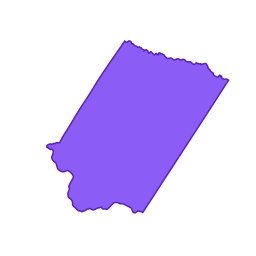 outline of Iowa, rotated 123°
{"feature_id": "USA-3529", "entity_name": "Iowa", "entity_type": "State", "adm_level": 1, "iso_a3": "USA", "parent_name": "United States of America", "parent_adm1": "", "projection": "natural_earth1", "projection_center": [-94.248, 41.94], "detail": "fine", "context": "isolated", "style": "filled", "palette": "violet", "viewbox_px": 256, "rotation_deg": 123, "n_neighbors": 0, "source": "natural_earth", "source_scale": "10m", "svg_char_len": 5206}
<svg xmlns="http://www.w3.org/2000/svg" viewBox="0 0 256 256"><g transform="rotate(123 128 128)"><path d="M34.2,77.5L34.4,77.5L34.6,77.4L34.8,77.2L34.9,76.2L34.9,74.3L34.8,73.9L34.7,73.8L34.2,73.2L34.0,72.9L33.5,72.4L33.3,72.1L33.2,71.8L33.2,71.5L33.2,71.2L33.3,70.7L33.2,70.5L33.2,70.2L33.0,69.8L33.1,69.7L37.3,69.7L46.9,69.7L56.5,69.6L66.1,69.6L75.7,69.6L85.3,69.6L94.9,69.6L114.0,69.6L123.6,69.6L133.2,69.6L142.8,69.6L152.4,69.6L162.0,69.6L171.6,69.6L181.2,69.6L190.8,69.6L190.8,70.1L190.8,70.6L190.9,71.0L191.0,71.4L191.4,72.2L191.6,72.6L191.7,73.0L191.8,74.0L192.1,74.4L192.4,74.7L195.0,75.6L195.7,76.5L195.8,77.9L195.2,79.0L193.7,81.0L193.4,82.3L193.6,84.9L193.8,86.2L193.8,87.6L193.9,88.0L194.0,88.4L194.1,90.2L194.3,91.0L194.6,91.6L195.4,92.6L195.7,93.1L195.9,93.8L196.0,95.4L196.2,96.1L197.2,97.9L197.6,98.4L198.2,98.9L199.5,99.4L204.6,100.4L206.0,100.8L206.7,100.9L207.4,101.2L207.8,101.7L208.4,103.2L208.7,103.7L209.4,104.7L209.7,105.3L209.6,105.7L209.3,106.5L208.9,107.3L209.3,107.9L210.2,108.3L210.6,108.8L211.1,109.3L212.0,110.1L214.6,111.6L215.6,112.5L216.1,113.7L216.2,115.6L216.5,116.5L217.5,117.0L218.1,117.9L218.5,118.1L218.9,118.2L221.5,119.6L221.8,119.9L222.5,120.8L222.8,120.9L223.3,121.0L223.5,121.3L223.5,121.7L223.5,122.3L223.6,122.8L224.4,124.5L224.3,125.0L224.2,126.5L223.7,127.9L223.5,130.2L223.1,131.8L222.7,132.6L222.2,133.0L221.7,133.2L220.5,134.1L220.1,134.5L219.7,135.1L219.3,135.8L219.0,136.7L218.9,137.5L218.5,138.2L218.5,138.4L218.6,138.5L218.7,138.8L218.7,139.6L218.6,140.0L218.5,140.4L218.1,140.9L216.8,141.6L216.5,141.8L216.3,142.4L215.7,142.7L214.5,143.2L211.5,143.7L210.9,144.0L209.8,145.3L209.2,145.8L207.9,146.2L199.4,146.9L198.2,147.6L197.5,148.8L196.9,150.2L196.5,151.9L196.2,153.5L196.3,154.3L196.4,155.2L196.8,156.0L197.4,156.3L197.8,156.5L199.3,157.6L200.2,158.8L200.7,160.3L200.9,162.0L200.8,163.8L200.3,165.1L197.4,168.4L196.9,169.1L196.6,169.7L196.5,170.3L196.4,172.0L196.2,172.8L195.6,174.3L194.9,175.4L193.9,176.1L192.7,176.5L191.5,176.6L190.6,176.9L189.2,177.4L188.0,178.2L187.5,178.8L187.4,179.1L187.2,179.5L187.1,179.8L187.2,180.2L188.0,180.9L188.3,181.5L188.3,182.2L188.2,183.3L188.2,183.9L188.3,184.9L188.4,185.5L188.1,185.9L186.4,186.4L186.0,186.1L185.2,185.7L184.8,185.5L183.7,184.4L183.4,184.1L183.5,183.8L183.5,183.6L183.4,183.3L183.2,183.0L183.0,182.9L182.4,182.6L182.1,182.4L182.0,182.2L181.9,181.8L181.7,181.8L181.4,181.8L181.2,181.7L181.0,181.4L180.8,180.9L180.8,180.7L180.0,180.3L179.4,180.1L179.1,180.0L178.9,179.7L178.8,179.4L178.7,179.0L178.7,178.6L178.5,178.3L178.0,178.0L177.9,177.8L177.6,177.4L174.5,177.6L171.3,177.9L168.2,178.0L159.2,178.1L153.6,178.3L148.0,178.5L136.8,178.8L129.9,178.7L126.4,178.7L122.9,178.7L119.5,178.7L116.1,178.8L112.7,178.9L109.3,179.0L105.8,179.1L98.9,179.1L95.5,179.1L92.2,179.0L85.5,178.9L82.2,178.8L78.8,178.7L75.5,178.6L68.7,178.4L65.8,178.3L62.9,178.2L60.0,178.2L57.1,178.1L56.9,178.1L57.0,177.5L57.1,176.6L56.8,175.8L56.2,175.4L54.6,174.8L54.3,174.2L54.2,173.8L54.1,173.6L53.9,173.3L53.9,172.8L54.0,172.4L54.1,172.2L54.6,171.7L55.2,170.8L55.1,170.5L54.8,170.0L54.7,169.6L54.9,168.7L55.1,168.0L55.3,167.3L55.2,166.3L54.8,165.4L54.8,164.9L54.9,164.1L54.9,163.8L54.7,163.4L54.2,162.9L53.9,162.7L53.8,162.2L53.8,161.9L54.0,161.7L54.0,161.2L53.8,161.0L53.8,160.9L53.7,160.8L53.6,160.7L53.6,160.4L53.8,160.2L54.2,159.1L54.0,158.6L54.0,157.4L53.8,156.8L54.5,156.5L54.1,156.2L52.8,155.8L52.4,155.3L52.4,154.7L52.6,153.1L52.9,152.9L53.6,152.3L54.0,151.5L53.7,151.2L53.2,151.1L51.9,150.7L51.4,150.4L52.1,148.0L52.1,147.6L52.4,146.1L52.2,145.7L51.8,145.6L50.6,145.3L50.2,145.1L50.0,144.7L50.1,144.3L50.2,143.8L50.4,143.4L50.5,143.2L50.3,142.8L50.0,142.6L49.6,142.5L49.3,142.6L48.8,142.9L48.4,143.0L47.8,142.5L47.7,141.7L47.9,141.0L47.9,140.7L47.5,140.4L47.3,139.7L47.2,138.9L47.2,137.3L47.3,137.0L47.5,136.7L47.8,136.3L47.9,136.1L47.9,135.9L47.8,135.4L48.0,134.7L48.2,134.0L48.3,133.3L48.1,132.4L46.3,130.7L46.2,130.5L45.7,129.5L45.6,129.1L45.6,128.7L45.9,128.0L46.0,127.6L45.7,126.1L44.6,125.3L43.4,124.6L42.6,123.5L42.5,122.7L42.5,121.9L42.4,121.2L42.1,120.5L41.6,120.1L40.6,119.5L40.2,118.9L39.9,118.0L40.0,117.3L40.3,116.7L40.4,115.9L40.4,115.1L40.2,114.4L39.9,113.9L39.5,113.6L39.5,113.0L38.5,111.9L38.6,110.3L39.0,108.6L38.6,107.1L38.1,106.7L37.4,106.5L36.1,106.3L36.2,105.0L35.9,104.5L35.8,104.4L35.6,104.2L35.6,103.7L35.6,103.4L35.5,103.2L35.3,102.9L35.2,102.7L34.5,102.2L34.4,102.1L34.5,101.9L34.9,101.6L35.0,101.4L34.9,101.2L34.6,100.8L34.4,100.6L32.8,99.5L32.6,99.3L32.3,99.0L31.8,98.3L31.7,97.9L31.6,97.6L31.7,97.1L31.8,96.7L32.1,96.2L32.5,95.6L32.6,95.4L32.7,95.2L32.8,95.0L32.8,94.8L32.9,94.7L33.0,94.5L33.2,94.4L33.3,94.4L33.7,94.2L33.8,94.1L34.0,93.8L34.0,93.3L34.0,93.0L34.1,92.9L34.2,92.7L34.4,92.6L34.5,92.2L34.6,91.2L34.6,90.9L35.2,90.3L35.3,90.0L35.4,89.6L35.4,88.9L35.4,88.7L35.5,88.4L35.7,87.9L35.8,87.6L35.7,87.3L35.6,87.2L35.5,86.8L35.6,86.6L36.6,85.7L36.8,85.3L37.1,83.8L37.1,83.5L37.1,83.2L37.0,82.9L36.9,82.6L36.7,80.9L36.6,80.5L36.5,80.4L36.4,80.2L36.2,80.1L35.7,80.2L34.9,80.0L34.4,80.1L34.2,80.0L33.9,80.0L33.8,79.8L33.7,79.6L33.7,79.4L33.8,79.2L34.1,78.9L34.2,78.7L33.8,78.3L33.5,77.9L33.5,77.7L33.8,77.5L34.2,77.5Z" fill="#8b5cf6" stroke="#5b21b6" stroke-width="1.5"/></g></svg>